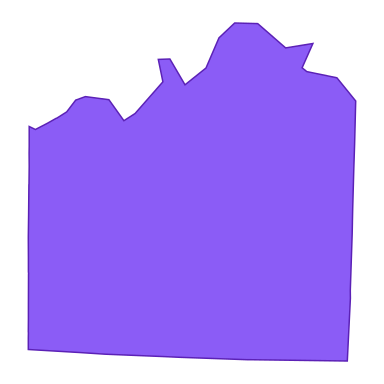 the district of Jackson, Missouri, United States of America
{"feature_id": "52423323B46140943178406", "entity_name": "Jackson", "entity_type": "district", "adm_level": 2, "iso_a3": "USA", "parent_name": "United States of America", "parent_adm1": "Missouri", "projection": "albers", "projection_center": [-94.442, 39.035], "detail": "fine", "context": "isolated", "style": "filled", "palette": "violet", "viewbox_px": 384, "rotation_deg": 0, "n_neighbors": 0, "source": "geoboundaries", "source_scale": "gbopen_adm2", "svg_char_len": 874}
<svg xmlns="http://www.w3.org/2000/svg" viewBox="0 0 384 384"><path d="M28.3,349.5L79.2,352.5L105.3,354.2L164.4,356.6L179.7,357.3L247.2,359.7L250.2,359.7L347.3,361.0L350.4,298.2L350.3,290.5L352.2,233.3L352.4,223.4L352.4,222.5L352.7,208.6L353.8,169.0L354.6,144.4L355.7,101.0L336.9,77.8L306.8,71.6L302.1,67.8L312.9,43.5L285.6,47.9L257.7,23.6L234.7,23.0L219.0,37.8L206.0,68.0L185.0,84.8L169.9,59.0L158.3,59.4L162.9,81.8L135.1,113.5L123.9,120.7L108.9,99.7L85.4,96.6L75.7,100.1L66.7,111.9L56.9,118.1L56.0,118.4L47.7,123.1L35.4,129.5L29.2,126.5L29.2,146.3L29.1,153.0L29.2,166.4L29.0,184.1L28.9,184.6L28.6,214.9L28.3,236.7L28.3,239.3L28.4,257.7L28.4,270.1L28.4,271.7L28.6,273.9L28.5,274.4L28.5,275.8L28.4,306.4L28.4,312.8L28.4,314.8L28.4,318.8L28.3,331.0L28.3,332.0L28.4,332.7L28.4,333.0L28.3,337.7L28.3,342.9L28.3,349.5Z" fill="#8b5cf6" stroke="#5b21b6" stroke-width="1.5"/></svg>